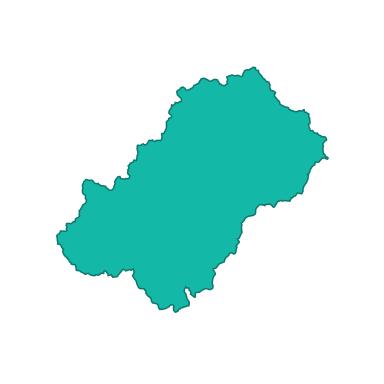 Valle d'Aosta, Aoste, Italy, rotated 326°
{"feature_id": "23120603B46910528128522", "entity_name": "Valle d'Aosta", "entity_type": "district", "adm_level": 2, "iso_a3": "ITA", "parent_name": "Italy", "parent_adm1": "Aoste", "projection": "orthographic", "projection_center": [7.355, 45.727], "detail": "fine", "context": "isolated", "style": "filled", "palette": "teal", "viewbox_px": 384, "rotation_deg": 326, "n_neighbors": 0, "source": "geoboundaries", "source_scale": "gbopen_adm2", "svg_char_len": 6054}
<svg xmlns="http://www.w3.org/2000/svg" viewBox="0 0 384 384"><g transform="rotate(326 192 192)"><path d="M314.1,124.4L313.3,124.1L313.0,123.2L312.5,122.8L307.3,122.6L306.0,121.4L303.5,120.8L301.5,122.0L300.7,122.2L299.6,123.5L298.2,124.3L296.6,123.2L295.9,121.5L294.8,120.6L292.7,119.9L290.5,117.3L285.3,116.0L284.3,118.8L282.5,120.3L282.2,121.9L278.4,122.0L276.6,120.4L276.3,118.8L275.2,118.1L275.6,117.2L275.6,114.6L275.8,113.3L274.0,111.4L272.5,110.9L270.4,110.9L268.8,110.2L268.1,109.1L267.7,107.5L266.9,106.9L266.8,106.2L265.5,104.3L262.9,103.3L261.8,104.1L260.8,104.2L258.3,105.5L253.2,104.8L251.1,105.9L245.8,105.4L244.7,104.9L244.1,103.7L244.0,101.8L243.2,99.9L241.2,99.4L239.1,100.1L236.3,99.9L235.3,100.5L234.2,103.4L235.3,108.5L235.0,109.4L234.1,110.6L233.4,111.0L232.5,110.3L229.8,110.1L228.3,108.4L226.6,109.6L225.1,109.7L223.8,108.4L223.0,109.2L222.9,110.2L218.5,111.9L216.9,113.8L217.6,116.1L217.5,118.0L216.5,118.6L213.8,118.0L213.1,119.0L210.1,119.5L207.0,124.1L205.9,125.1L201.5,127.7L199.6,126.6L198.7,127.6L198.6,128.7L197.4,130.3L195.7,131.6L194.7,131.8L193.3,130.5L190.9,129.2L189.6,129.5L188.4,128.0L188.3,126.7L186.9,126.5L185.3,125.2L181.8,126.9L180.4,127.0L178.9,126.5L178.4,124.7L175.0,124.5L173.6,123.1L173.0,122.9L172.1,123.4L171.7,124.5L170.8,125.1L168.7,130.2L167.3,130.8L166.4,131.7L163.9,134.7L163.1,134.9L162.4,133.5L161.7,133.1L159.6,134.3L156.8,133.5L156.1,134.3L153.7,134.6L153.5,136.3L152.0,137.6L151.2,137.7L150.6,139.0L149.6,139.6L149.0,141.2L149.2,142.6L149.7,143.7L148.8,144.6L147.2,145.4L145.7,144.8L144.4,143.6L143.5,143.8L142.6,143.1L140.1,140.7L140.7,140.1L140.9,138.8L138.9,138.0L135.1,139.3L134.8,139.8L133.6,140.3L132.9,142.1L130.6,143.6L129.4,145.0L126.9,145.5L125.3,145.1L124.3,143.9L124.4,143.4L123.6,141.0L123.0,140.4L123.7,139.1L121.3,136.7L119.8,135.7L119.7,134.8L119.0,134.0L119.1,132.4L118.1,132.2L116.3,130.6L116.1,130.0L116.1,127.2L115.5,126.1L113.3,124.9L111.3,122.4L108.3,122.9L104.7,125.3L103.7,128.1L102.7,128.6L101.1,130.8L100.8,131.6L100.9,133.1L101.8,135.2L99.9,137.9L100.0,139.3L99.5,140.2L97.7,141.8L94.5,141.6L89.6,144.3L88.1,144.3L86.5,147.1L85.6,147.7L85.7,148.8L85.4,149.2L83.0,149.5L80.8,149.0L79.4,150.0L78.6,151.3L77.1,150.3L74.2,150.7L71.1,148.3L70.4,148.1L68.8,149.5L68.9,150.9L68.3,151.7L67.5,151.9L66.6,154.1L65.2,153.8L61.2,150.8L59.2,152.2L56.4,152.3L55.1,152.9L54.7,154.6L53.3,156.8L52.6,158.8L51.5,160.0L53.3,161.9L53.7,163.1L53.1,164.2L53.1,166.7L53.7,167.3L51.5,168.9L50.7,172.4L51.1,173.5L50.8,174.6L51.8,176.4L51.5,176.9L51.5,177.8L51.9,179.6L51.4,181.3L52.1,183.4L51.6,184.2L52.6,185.6L53.6,186.1L54.5,187.2L53.5,190.2L52.4,191.7L52.5,192.5L55.1,194.8L55.3,196.3L56.9,198.7L57.1,200.0L57.9,200.8L58.6,200.6L60.5,201.5L61.8,204.6L64.5,207.0L66.3,206.9L67.4,208.4L69.6,209.0L70.8,208.3L73.3,210.0L74.7,208.5L75.7,208.5L76.6,210.3L76.2,211.0L76.6,212.3L76.4,213.1L75.7,214.4L76.9,215.0L78.2,215.1L79.0,215.7L78.5,217.0L78.9,217.7L78.7,218.4L82.9,220.4L84.0,219.7L89.4,218.2L90.0,217.6L92.0,217.8L92.4,218.2L92.8,220.1L93.2,220.5L96.9,221.4L97.8,222.9L100.0,222.9L100.1,224.2L98.5,226.9L95.8,228.2L95.9,230.5L95.7,231.4L96.0,234.3L94.7,238.2L94.7,239.5L94.2,241.1L94.7,242.8L98.4,245.7L98.0,246.9L98.5,248.4L97.1,250.2L97.3,251.6L97.1,252.6L98.5,256.8L98.2,258.2L97.5,259.3L97.2,261.9L98.3,262.7L100.5,265.4L100.7,266.7L99.7,268.9L99.5,271.2L99.7,271.3L101.9,272.5L101.7,272.6L104.7,273.8L108.9,274.2L110.5,273.7L112.0,274.1L113.1,275.0L113.0,277.0L111.7,277.7L110.6,280.0L110.9,282.1L111.4,282.6L114.1,282.8L114.4,282.3L115.4,281.9L117.5,282.3L118.3,282.0L120.2,282.8L121.1,282.6L121.8,283.3L124.4,283.7L125.5,284.6L127.0,283.5L128.1,281.7L128.2,277.5L129.1,275.4L129.1,274.5L129.8,273.7L129.8,270.5L131.0,268.7L133.8,267.1L134.1,268.9L135.0,269.1L135.5,269.9L135.5,270.5L134.7,271.6L135.3,274.1L133.7,275.8L135.2,280.7L136.3,280.8L137.4,278.5L138.7,277.7L139.5,277.7L142.2,279.3L145.3,279.0L149.3,279.6L151.2,281.6L151.8,282.7L153.1,283.2L155.2,283.4L157.0,281.7L157.0,280.8L158.3,278.1L161.3,275.1L163.5,273.7L165.3,273.3L166.0,271.6L165.9,268.9L166.7,267.7L170.1,268.5L172.6,267.3L174.6,266.8L179.6,268.0L181.4,266.4L183.1,265.4L186.7,265.1L189.1,263.8L191.0,264.7L191.9,266.8L193.6,267.0L195.1,266.0L196.8,264.1L198.5,262.8L198.2,261.7L198.8,261.3L202.8,260.2L203.4,259.7L203.2,257.0L203.4,256.4L205.5,256.6L207.6,255.1L211.2,253.2L211.4,251.3L212.2,250.9L213.2,248.9L215.1,247.0L215.5,245.4L219.3,244.8L221.5,243.4L224.8,243.5L229.8,245.7L232.1,245.6L233.8,244.0L234.3,242.9L236.1,241.4L240.7,240.3L243.0,241.5L243.3,242.4L244.3,243.1L244.8,244.1L245.9,243.5L249.0,245.1L250.6,247.0L250.9,249.9L251.3,250.5L253.5,249.9L254.3,249.0L255.5,249.0L257.6,247.7L259.4,248.4L260.5,248.3L261.8,250.1L263.8,250.8L267.9,254.2L268.4,254.2L271.1,252.4L271.7,252.9L274.1,252.6L275.6,253.1L278.7,251.8L279.6,252.2L280.4,253.5L281.0,253.8L281.6,254.7L282.2,254.8L284.3,253.5L285.2,252.5L285.5,251.6L288.5,249.5L291.9,248.3L295.5,246.0L295.6,245.5L298.1,243.2L297.6,242.0L300.1,241.8L300.4,241.1L301.5,240.7L302.4,239.7L305.8,238.1L309.1,238.0L311.0,236.2L313.9,238.1L318.1,236.9L318.9,237.0L321.4,238.0L321.5,239.2L322.7,240.5L323.8,240.0L323.9,239.6L322.7,236.7L323.1,234.7L322.4,233.9L322.9,233.2L322.8,232.7L325.3,228.5L326.8,227.2L326.9,226.0L327.4,225.3L330.5,224.1L332.6,224.2L333.2,223.0L333.3,221.1L331.8,219.6L330.4,219.0L330.3,217.5L328.8,215.3L328.9,213.3L326.5,211.8L326.3,208.5L324.8,207.8L324.7,206.8L325.2,204.0L326.3,201.2L327.8,201.2L328.5,200.7L330.9,196.3L330.6,195.2L332.5,192.6L331.5,190.9L331.4,190.0L330.2,189.0L330.2,187.8L331.0,186.6L330.6,186.2L329.4,186.4L327.7,185.9L326.7,184.7L323.4,183.8L321.4,182.0L320.9,180.6L319.6,180.0L319.4,178.6L318.6,177.7L319.0,176.1L318.9,175.6L316.7,173.5L314.0,168.6L314.8,166.6L315.0,165.3L314.5,163.7L314.2,160.1L313.8,158.8L315.5,156.8L316.7,156.6L316.6,155.2L316.1,153.9L314.2,151.8L314.9,148.7L316.6,146.9L316.7,145.1L317.1,143.9L315.3,141.7L315.3,139.1L314.5,137.7L314.6,134.4L314.0,130.9L315.0,128.3L313.9,127.6L313.4,126.9L313.5,125.1L314.1,124.4Z" fill="#14b8a6" stroke="#0f766e" stroke-width="1.5"/></g></svg>